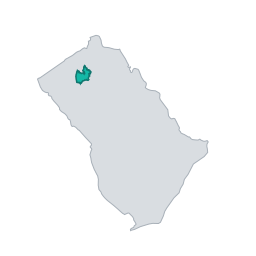 Mamprugu Moagduri, Northern, Ghana shown in context, rotated 326°
{"feature_id": "2480657B18075285363234", "entity_name": "Mamprugu Moagduri", "entity_type": "district", "adm_level": 2, "iso_a3": "GHA", "parent_name": "Ghana", "parent_adm1": "Northern", "projection": "robinson", "projection_center": [-1.366, 10.258], "detail": "fine", "context": "in_parent", "style": "filled", "palette": "teal", "viewbox_px": 256, "rotation_deg": 326, "n_neighbors": 0, "source": "geoboundaries", "source_scale": "gbopen_adm2", "svg_char_len": 5420}
<svg xmlns="http://www.w3.org/2000/svg" viewBox="0 0 256 256"><g transform="rotate(326 128 128)"><path d="M153.3,33.3L155.0,35.1L155.4,36.1L154.8,40.0L153.5,42.7L152.7,45.3L152.8,46.6L153.6,47.9L156.2,49.9L157.5,51.2L159.1,53.1L160.8,55.1L163.9,57.6L165.2,58.0L165.1,58.7L164.7,59.7L164.5,69.1L164.2,71.5L164.0,72.7L163.7,76.2L163.4,76.7L162.8,76.7L162.3,76.8L162.2,77.5L162.4,78.2L164.2,78.7L163.8,79.2L162.4,79.7L161.8,80.8L162.1,82.0L161.3,82.9L161.6,83.6L162.0,84.1L162.8,83.9L165.0,82.3L165.9,82.1L167.0,82.4L169.1,84.9L169.2,86.1L168.3,90.2L167.5,93.4L167.4,97.6L168.2,100.0L168.1,101.3L167.2,102.5L165.0,104.1L165.2,105.2L166.2,107.3L168.0,109.6L171.5,112.5L173.4,116.3L173.4,117.8L172.3,119.3L171.1,120.6L170.6,122.6L171.2,135.1L168.4,140.6L168.4,142.1L168.7,143.9L169.4,145.0L170.9,145.3L172.0,146.4L171.6,150.2L171.0,154.1L170.9,156.0L170.6,156.9L169.5,157.6L169.1,158.8L169.4,160.4L169.1,161.5L169.7,162.9L171.0,164.8L173.1,169.3L173.8,169.6L174.2,170.6L174.0,171.5L174.8,173.5L177.0,175.4L179.4,177.2L181.3,177.4L181.8,179.0L183.1,181.0L184.0,181.8L185.4,182.4L186.6,182.7L186.7,184.4L184.5,185.5L183.1,187.2L182.0,189.9L180.4,192.8L175.1,194.3L173.1,194.3L162.1,194.4L151.9,200.0L146.0,202.1L142.4,205.3L137.5,207.6L134.1,210.3L127.0,211.6L115.4,216.0L111.8,217.7L108.1,220.7L102.2,224.3L99.8,224.2L95.2,220.9L91.6,219.3L83.1,216.7L76.6,215.7L73.5,214.6L72.7,214.5L73.4,213.3L75.2,213.2L77.1,213.6L78.5,212.6L80.6,212.5L81.1,211.6L81.3,209.2L81.3,207.3L82.0,206.4L82.2,204.1L81.2,199.1L80.5,198.5L76.7,197.8L76.4,196.8L75.8,195.7L75.1,193.1L74.2,189.3L72.9,184.5L70.4,176.6L69.8,173.8L69.4,171.0L69.3,167.6L69.8,166.3L69.7,164.5L69.5,162.8L71.3,158.8L74.8,153.9L75.5,152.1L76.1,150.8L76.2,149.1L76.9,143.3L78.5,136.4L79.6,133.8L80.3,132.4L81.1,130.1L81.4,129.0L84.6,126.3L86.0,125.5L86.4,124.5L85.9,123.3L86.1,122.5L86.8,122.1L88.0,121.8L88.9,120.7L87.5,112.1L86.4,103.6L86.4,102.9L85.7,101.7L85.1,98.2L84.0,96.1L82.5,95.5L82.5,93.6L84.0,90.3L84.4,88.4L83.7,87.8L83.6,86.3L84.1,83.9L83.9,82.4L83.6,80.8L82.0,77.1L81.6,74.5L82.5,72.9L82.4,69.5L81.6,64.3L81.4,61.0L82.0,59.6L81.8,58.3L80.6,57.1L80.5,55.9L81.5,54.7L81.4,53.8L80.2,53.1L79.1,51.5L78.1,49.0L78.3,44.9L80.2,37.4L80.4,36.8L82.4,36.8L82.5,37.2L88.9,37.1L96.2,37.0L104.9,36.9L112.9,36.8L113.2,36.5L114.5,36.1L122.6,36.8L127.6,36.4L129.7,36.7L131.3,37.2L134.7,36.9L136.6,37.1L138.0,38.9L138.6,38.9L139.3,38.1L140.7,37.2L142.1,36.5L143.1,35.1L143.7,33.9L144.7,34.2L146.0,34.1L146.9,33.2L147.2,31.7L153.3,33.3Z" fill="#d9dde1" stroke="#a8b0b8" stroke-width="1"/><path d="M113.2,64.5L113.3,64.4L113.4,64.2L113.6,64.1L113.9,64.1L114.0,64.1L114.0,63.9L114.1,64.0L114.2,64.3L114.2,64.6L114.3,64.7L114.5,64.7L114.8,64.4L115.0,64.2L115.3,64.3L115.5,64.2L115.8,64.0L115.9,63.9L116.0,63.9L116.3,63.7L116.6,63.7L116.9,63.7L117.0,63.8L117.2,63.7L117.4,63.9L117.6,64.0L117.8,64.1L118.0,64.1L118.3,64.1L118.6,64.1L118.8,64.1L119.0,64.0L119.3,64.4L119.7,64.6L120.1,64.8L120.4,64.9L120.5,64.8L120.6,65.2L120.7,65.3L121.1,65.7L121.3,65.7L121.4,65.9L121.7,65.9L121.8,65.8L121.9,65.7L122.1,65.8L122.3,65.9L122.3,66.0L122.5,65.9L122.4,65.8L122.3,65.7L122.7,64.9L123.2,64.2L124.4,63.6L124.5,63.5L124.8,63.4L125.0,63.2L125.0,63.3L125.3,63.4L125.4,63.2L125.5,62.9L125.4,62.7L125.2,62.6L125.3,62.5L125.5,62.3L125.8,61.2L126.0,61.2L126.1,61.3L126.3,61.3L126.6,61.5L126.8,61.6L126.9,61.8L127.1,62.0L127.3,61.8L127.4,61.7L127.5,61.2L127.9,61.3L128.2,61.1L128.5,61.0L128.6,60.9L128.4,60.7L128.4,60.4L128.2,60.5L128.0,60.4L128.1,60.1L128.4,60.1L128.5,60.0L128.5,59.7L128.4,59.6L128.3,59.4L128.3,59.2L128.5,59.0L128.5,58.9L128.4,58.8L128.0,58.8L127.9,58.7L127.7,58.5L127.5,58.4L127.4,58.0L127.5,57.9L127.8,58.0L128.0,58.0L128.1,57.9L128.0,57.7L127.8,57.6L127.7,57.6L127.3,57.5L127.1,57.5L127.0,57.4L127.1,57.2L126.9,56.9L126.5,56.8L126.4,56.7L126.5,56.4L126.9,56.3L127.0,56.2L127.3,55.9L127.3,55.7L127.3,55.4L127.2,55.4L126.9,55.4L126.9,55.1L127.0,54.8L126.9,54.6L126.9,54.4L126.7,54.2L126.7,53.9L126.5,53.7L126.6,53.4L126.7,53.5L127.0,53.2L127.1,52.9L127.1,52.7L126.9,52.7L126.8,52.4L126.8,52.1L126.6,52.2L126.1,52.3L125.8,52.5L125.2,53.0L124.7,53.8L124.3,54.4L123.7,54.6L122.9,55.0L122.7,55.0L122.5,55.4L122.5,55.5L122.6,55.8L123.0,56.3L123.1,56.5L123.2,56.9L123.1,57.1L123.0,57.4L123.0,57.5L122.9,57.7L122.8,57.8L122.7,58.0L122.6,58.3L122.5,58.2L122.4,58.2L122.3,58.3L122.2,58.4L122.2,58.5L122.3,58.5L122.2,58.5L122.1,58.4L122.0,58.5L122.0,58.3L121.9,58.2L122.0,58.1L121.9,58.1L122.0,57.9L121.9,57.7L121.7,57.6L121.5,57.4L121.6,57.2L121.2,57.1L120.9,57.0L120.5,57.0L120.4,56.9L120.2,56.9L120.2,56.7L119.8,56.4L119.7,56.5L119.6,56.4L119.6,56.2L119.6,55.9L119.5,55.6L119.3,55.5L119.1,55.5L118.9,55.3L118.8,55.2L118.6,55.1L118.6,54.9L118.5,54.6L118.8,54.6L119.0,54.4L119.1,54.1L118.9,54.1L119.1,53.9L119.1,53.7L118.9,53.4L118.7,53.2L118.8,53.1L118.8,52.9L118.7,52.8L118.6,52.7L118.3,52.5L118.1,52.3L118.1,52.2L118.0,52.3L117.8,52.5L117.7,52.8L117.4,52.9L117.2,52.7L117.1,52.8L116.9,52.9L116.9,53.0L116.7,53.2L116.6,53.3L116.4,53.5L116.2,53.6L116.2,53.8L115.4,54.3L115.0,54.6L114.8,54.8L114.3,55.4L113.6,56.1L113.5,56.4L112.3,58.7L111.7,60.2L111.6,60.3L111.6,60.6L111.5,60.8L111.4,60.9L111.3,61.0L111.2,61.2L111.2,61.3L111.3,61.5L111.2,61.6L111.3,61.7L111.3,61.8L111.5,62.0L111.8,62.2L112.0,62.3L112.1,62.5L112.3,62.8L112.5,62.8L112.8,62.8L112.9,63.0L113.1,63.3L113.0,63.5L113.1,63.8L113.2,64.0L113.2,64.3L113.2,64.5Z" fill="#14b8a6" stroke="#0f766e" stroke-width="1.5"/></g></svg>